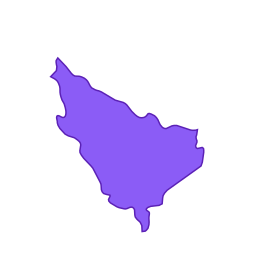 the County of Dâmbovita, rotated 328°
{"feature_id": "ROU-130", "entity_name": "Dâmbovita", "entity_type": "County", "adm_level": 1, "iso_a3": "ROU", "parent_name": "Romania", "parent_adm1": "", "projection": "albers", "projection_center": [25.479, 44.942], "detail": "fine", "context": "isolated", "style": "filled", "palette": "violet", "viewbox_px": 256, "rotation_deg": 328, "n_neighbors": 0, "source": "natural_earth", "source_scale": "10m", "svg_char_len": 2027}
<svg xmlns="http://www.w3.org/2000/svg" viewBox="0 0 256 256"><g transform="rotate(328 128 128)"><path d="M186.0,166.2L182.6,170.2L181.0,171.5L180.1,173.4L179.7,175.4L178.9,176.6L176.0,178.8L175.5,179.9L175.4,181.1L176.0,182.2L180.6,183.8L181.2,185.3L180.5,186.9L179.3,188.8L172.9,196.4L169.8,198.9L128.3,201.5L124.5,202.6L121.9,204.0L120.4,205.6L116.8,210.4L113.4,210.1L105.8,206.5L102.8,205.9L100.9,206.2L100.2,206.9L100.3,208.0L101.2,210.0L101.2,211.1L100.6,212.2L98.8,214.3L98.0,215.4L96.0,219.0L94.5,221.1L91.8,223.6L89.5,224.4L88.0,224.6L85.1,223.3L88.0,218.1L88.4,214.5L88.1,213.1L87.6,211.5L87.2,209.8L87.0,207.3L87.7,205.4L90.2,200.8L90.3,199.0L89.8,197.7L88.8,196.8L87.5,196.3L84.4,195.8L83.0,195.3L81.9,194.5L78.2,190.8L76.8,188.9L73.4,182.2L73.0,179.8L73.6,178.3L76.6,176.4L77.1,175.5L75.9,174.2L74.5,172.9L72.6,170.6L72.3,168.4L72.7,166.3L74.7,162.6L75.4,161.0L75.7,158.9L76.9,143.5L76.5,140.5L74.4,130.3L74.1,126.5L74.3,123.4L75.2,121.7L79.0,117.3L79.6,115.6L79.6,113.9L78.9,111.5L77.4,107.9L73.2,103.0L71.4,99.8L70.0,92.3L70.1,88.7L70.8,86.2L71.5,85.0L72.8,81.6L73.5,80.7L74.3,80.2L75.2,80.4L76.1,81.3L77.6,83.8L78.5,84.7L79.7,85.1L80.9,84.8L82.1,83.9L83.3,82.5L84.4,80.6L85.6,77.5L86.7,73.6L86.9,69.2L87.6,66.2L88.4,63.7L89.3,61.7L91.4,58.2L92.2,56.2L92.8,53.1L92.9,50.9L92.4,48.9L91.7,47.2L89.6,43.5L97.7,41.4L100.2,38.3L100.9,36.3L102.0,33.9L102.9,32.7L105.6,31.4L108.0,43.2L108.9,51.7L109.5,54.0L110.4,55.7L111.7,56.7L113.1,57.6L114.4,58.6L115.8,60.2L117.4,62.7L118.2,65.0L118.5,66.8L118.5,68.4L118.2,72.0L118.4,74.6L120.4,78.2L121.6,79.7L123.0,81.1L124.6,83.4L131.9,97.6L137.5,103.8L138.6,105.8L139.2,107.8L140.0,115.9L141.1,120.6L142.0,123.1L143.2,125.1L144.6,126.3L145.9,127.0L147.5,127.6L149.1,127.6L150.5,127.3L151.7,126.8L152.7,126.5L153.8,127.0L155.1,128.5L157.0,131.7L157.6,134.2L157.7,137.0L157.3,139.6L157.0,142.3L157.5,145.8L158.6,147.6L160.0,148.7L166.4,149.5L168.5,150.3L170.7,151.7L180.1,163.0L181.7,164.3L184.4,165.8L186.0,166.2Z" fill="#8b5cf6" stroke="#5b21b6" stroke-width="1.5"/></g></svg>